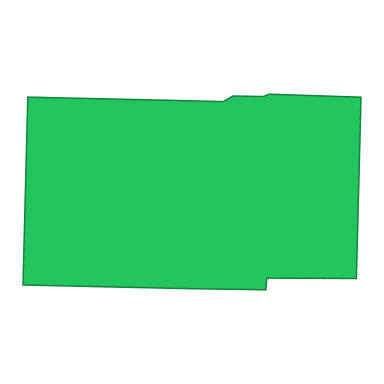 Miller, Georgia, United States of America (Albers equal-area conic projection)
{"feature_id": "52423323B69845491949418", "entity_name": "Miller", "entity_type": "district", "adm_level": 2, "iso_a3": "USA", "parent_name": "United States of America", "parent_adm1": "Georgia", "projection": "albers", "projection_center": [-84.711, 31.163], "detail": "fine", "context": "isolated", "style": "filled", "palette": "green", "viewbox_px": 384, "rotation_deg": 0, "n_neighbors": 0, "source": "geoboundaries", "source_scale": "gbopen_adm2", "svg_char_len": 268}
<svg xmlns="http://www.w3.org/2000/svg" viewBox="0 0 384 384"><path d="M23.0,285.0L191.2,288.7L265.9,289.8L266.8,278.1L356.4,278.5L361.0,97.2L269.3,94.2L263.4,96.5L233.0,96.0L223.3,101.6L27.8,97.1L23.0,285.0Z" fill="#22c55e" stroke="#15803d" stroke-width="1.5"/></svg>